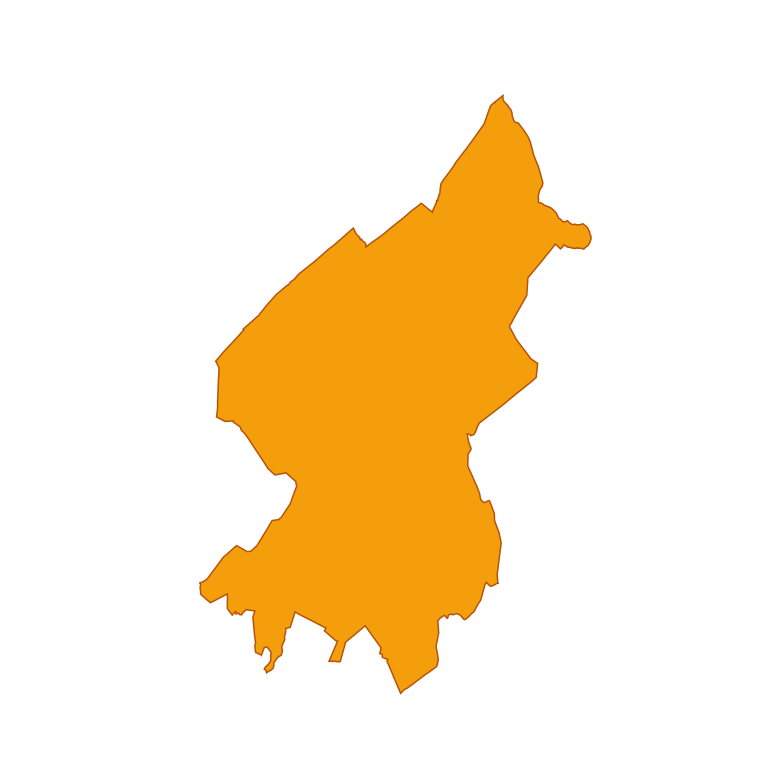 Jaungulbenes pag., Gulbene, Latvia, rotated 283°
{"feature_id": "27541924B98196696268447", "entity_name": "Jaungulbenes pag.", "entity_type": "district", "adm_level": 2, "iso_a3": "LVA", "parent_name": "Latvia", "parent_adm1": "Gulbene", "projection": "robinson", "projection_center": [26.577, 57.088], "detail": "fine", "context": "isolated", "style": "filled", "palette": "amber", "viewbox_px": 768, "rotation_deg": 283, "n_neighbors": 0, "source": "geoboundaries", "source_scale": "gbopen_adm2", "svg_char_len": 6118}
<svg xmlns="http://www.w3.org/2000/svg" viewBox="0 0 768 768"><g transform="rotate(283 384 384)"><path d="M217.6,539.1L223.8,537.1L254.8,534.0L255.5,533.9L256.5,533.5L262.7,530.6L263.4,530.4L265.2,529.4L275.2,522.8L275.9,522.4L281.0,521.1L283.2,520.3L293.3,513.6L293.8,513.1L294.0,512.6L294.0,512.3L291.3,508.8L291.0,508.0L291.4,506.9L293.0,504.5L294.2,503.7L298.7,501.8L304.5,498.0L322.0,484.8L322.4,484.4L322.9,484.1L334.4,481.7L334.9,481.8L338.6,483.2L339.2,483.3L339.7,483.3L340.1,483.5L340.9,483.3L344.7,480.7L346.8,479.4L354.0,476.3L354.0,477.0L353.9,479.6L353.9,479.8L353.2,480.1L355.0,483.0L358.9,484.1L364.2,484.7L367.6,485.8L390.1,504.3L403.1,514.2L420.2,527.7L424.5,530.8L438.6,529.1L441.8,520.8L442.1,520.9L456.9,503.2L468.2,493.2L470.2,493.8L472.0,494.4L478.2,496.0L502.5,503.2L519.8,500.3L535.9,508.4L543.4,512.1L544.3,512.4L548.3,514.5L554.6,517.5L558.9,519.5L555.3,525.6L558.6,527.6L559.8,527.7L559.9,528.2L559.4,530.4L558.8,531.4L558.7,532.6L559.1,534.0L558.9,535.3L558.7,536.4L558.9,537.5L559.0,538.3L558.8,539.1L559.1,539.3L559.4,540.1L559.3,540.4L559.9,540.8L559.8,541.0L559.9,541.4L560.1,541.5L560.0,541.8L559.9,541.9L559.8,542.1L560.1,543.3L560.5,544.2L560.4,544.9L560.5,545.8L560.7,546.7L560.4,547.6L560.3,548.1L560.5,548.4L560.8,548.7L562.0,549.3L562.6,549.7L564.3,551.2L564.7,551.5L565.4,551.8L568.0,552.7L568.6,552.8L569.1,552.8L569.7,552.8L571.8,553.1L573.4,552.7L575.2,552.1L576.2,550.9L577.4,550.4L578.4,550.3L580.1,548.7L582.2,547.0L583.5,544.9L583.9,543.7L584.8,542.0L584.5,541.0L583.4,539.4L582.6,537.1L582.5,535.8L582.7,534.5L582.5,533.6L581.8,532.4L581.7,531.6L582.7,528.7L584.4,526.2L584.4,525.9L582.8,524.1L582.5,522.2L582.5,521.3L584.1,519.4L584.1,519.1L584.8,517.0L589.4,513.3L591.3,510.5L593.0,507.3L593.6,505.6L593.6,504.0L594.0,502.1L594.2,500.5L594.4,499.7L595.5,497.3L595.7,496.4L595.6,495.4L595.6,494.7L595.7,493.7L601.9,492.1L603.9,491.9L608.2,492.2L612.2,493.6L612.8,493.6L615.4,493.6L615.8,493.5L627.4,487.3L630.8,485.3L640.9,478.2L645.2,476.1L652.5,472.2L655.0,470.5L657.9,468.2L659.9,466.1L662.5,463.4L664.9,460.5L668.3,456.4L668.6,455.7L668.5,453.6L668.6,452.9L669.5,451.6L670.8,450.6L674.2,448.6L675.2,448.2L676.6,447.8L677.6,447.4L679.4,446.2L680.1,445.6L682.0,442.9L683.8,441.4L684.4,440.1L685.4,438.8L686.0,437.6L686.7,436.9L688.1,436.0L688.9,435.7L689.7,435.4L691.8,435.1L691.3,434.6L684.0,428.9L683.9,428.9L684.0,428.8L679.3,425.3L668.1,423.9L665.1,423.8L665.0,423.6L662.1,423.3L659.9,423.0L659.5,422.8L641.7,415.6L637.0,413.5L632.8,411.8L628.2,409.6L615.1,403.7L614.2,403.6L607.3,400.9L595.3,395.6L592.4,394.5L587.2,394.8L583.4,395.4L582.7,395.5L581.8,395.2L577.5,394.9L574.7,395.0L575.0,394.4L574.4,394.1L573.6,394.0L572.6,394.2L572.0,394.4L571.3,393.9L568.1,393.4L566.9,393.0L564.4,392.6L563.4,392.4L562.3,392.6L564.5,387.7L567.9,381.0L568.5,379.6L566.0,377.8L558.4,371.4L549.7,365.2L540.7,357.9L535.4,353.8L529.6,349.5L522.9,343.7L520.5,341.4L517.7,339.1L517.4,338.9L513.5,335.4L515.8,335.0L516.9,334.4L517.5,333.5L518.7,330.9L520.0,329.6L519.3,328.9L519.3,328.6L519.7,328.2L520.4,327.8L521.7,327.1L522.1,325.9L524.2,323.0L529.0,319.0L516.6,310.2L509.6,305.1L505.0,301.5L502.3,299.2L499.3,297.1L492.6,292.3L489.7,290.2L486.4,287.7L472.1,276.3L465.5,272.8L462.2,269.8L459.6,268.8L459.0,268.5L458.4,267.5L457.3,266.7L447.4,259.2L435.3,252.5L425.0,247.5L425.0,247.4L423.0,246.8L422.0,246.1L421.0,245.2L412.0,238.9L406.4,234.8L405.8,234.4L405.4,234.6L405.5,234.9L404.9,235.2L402.7,233.8L398.4,231.6L391.8,227.8L380.6,221.2L368.3,214.9L367.5,215.7L362.8,219.6L353.1,221.5L353.0,221.3L332.9,225.2L331.4,225.4L322.8,227.3L314.2,228.3L311.8,237.7L314.2,245.5L313.1,245.6L309.9,253.5L308.5,254.3L306.7,255.6L306.2,256.3L305.8,257.0L305.1,258.5L301.7,262.6L279.0,286.5L275.8,289.7L275.2,290.4L271.1,297.8L271.0,298.4L271.0,298.9L271.3,299.5L272.0,300.9L275.4,308.6L269.2,319.9L264.6,321.9L258.4,321.0L245.8,319.5L230.7,313.8L228.0,311.5L225.8,305.7L215.9,302.6L197.8,296.5L191.1,291.9L189.9,288.5L193.4,276.7L181.5,268.2L178.9,266.3L154.3,255.6L152.0,253.6L150.1,251.6L149.0,249.4L148.7,249.3L148.4,249.6L147.7,250.1L147.3,250.5L144.1,250.6L142.8,251.2L137.8,252.8L131.8,263.9L133.4,266.0L144.2,278.5L140.0,279.7L133.6,281.0L129.9,281.9L126.7,285.6L124.7,288.1L125.6,288.7L126.9,289.4L129.1,290.7L128.7,291.0L126.6,291.7L128.0,294.1L126.8,295.3L127.1,297.2L129.6,298.1L131.9,299.6L133.3,300.8L133.2,301.9L133.8,309.2L127.4,308.7L112.1,313.7L102.4,317.2L100.0,317.0L94.8,318.8L93.5,319.4L93.3,320.7L92.8,322.7L92.5,324.7L92.3,325.1L92.0,325.5L100.2,326.6L101.5,329.2L99.1,332.0L96.9,334.7L94.6,334.5L88.8,335.9L84.3,334.1L81.6,332.1L79.2,331.5L78.7,333.0L77.9,333.7L76.2,334.6L77.8,335.9L79.7,338.3L82.4,340.0L85.4,339.9L87.1,339.3L93.9,342.0L96.5,344.8L100.7,345.2L104.9,343.5L106.6,343.6L112.5,344.8L115.8,343.8L119.4,344.1L123.6,343.3L125.8,347.3L131.3,347.8L141.9,348.7L140.9,351.9L139.7,356.2L138.1,362.9L134.4,377.5L133.2,382.3L130.0,381.5L129.1,383.4L123.1,394.6L123.0,396.6L101.4,392.8L102.4,397.4L102.9,398.7L103.0,402.2L103.7,403.8L121.5,404.6L123.7,404.6L130.9,410.0L132.8,411.6L135.9,413.8L144.2,420.1L126.2,440.5L121.9,440.5L120.4,440.5L120.3,443.0L117.3,443.9L116.4,449.8L114.5,449.3L105.3,456.1L100.7,459.3L89.1,467.8L86.3,469.8L91.1,472.7L92.6,474.8L94.2,476.2L102.3,483.1L109.2,488.8L113.1,492.4L119.4,497.9L120.7,498.9L127.0,499.0L129.7,498.1L134.1,496.3L139.8,493.8L154.5,493.2L155.0,492.9L161.5,490.9L165.0,489.7L168.0,491.0L170.6,493.2L171.5,494.0L171.7,494.4L172.1,494.9L172.0,495.3L171.9,495.4L171.6,495.8L171.4,496.1L171.4,496.4L171.2,496.7L170.8,497.0L170.1,497.6L170.0,498.0L170.0,498.4L170.6,498.7L170.9,498.8L172.8,498.6L173.2,498.8L174.0,499.5L174.4,500.1L174.4,500.7L174.7,501.2L174.7,501.4L174.9,501.6L174.9,502.4L174.7,502.8L174.6,503.0L176.6,506.3L176.4,507.5L176.1,509.9L176.0,510.2L172.7,514.8L172.5,515.6L172.6,515.9L173.1,516.5L176.0,518.6L178.6,520.2L178.9,520.3L182.9,523.1L190.7,525.1L194.9,526.8L210.7,527.5L211.4,527.6L213.7,528.1L211.0,532.9L211.0,533.1L211.0,533.5L211.3,534.3L211.7,535.0L213.4,537.2L214.9,538.5L215.3,539.4L215.5,540.0L216.3,539.6L217.6,539.1Z" fill="#f59e0b" stroke="#b45309" stroke-width="1.5"/></g></svg>